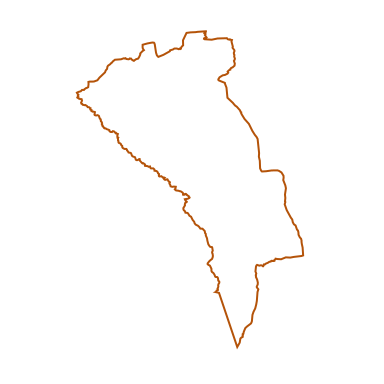 Nachingwea, Lindi, United Republic of Tanzania, rotated 264°
{"feature_id": "72390352B76457855664867", "entity_name": "Nachingwea", "entity_type": "district", "adm_level": 2, "iso_a3": "TZA", "parent_name": "United Republic of Tanzania", "parent_adm1": "Lindi", "projection": "robinson", "projection_center": [38.431, -10.327], "detail": "fine", "context": "isolated", "style": "outline", "palette": "amber", "viewbox_px": 384, "rotation_deg": 264, "n_neighbors": 0, "source": "geoboundaries", "source_scale": "gbopen_adm2", "svg_char_len": 6076}
<svg xmlns="http://www.w3.org/2000/svg" viewBox="0 0 384 384"><g transform="rotate(264 192 192)"><path d="M33.1,220.8L37.2,223.7L41.2,224.8L42.3,226.2L42.4,227.1L43.5,227.5L44.4,227.3L44.9,227.9L45.5,227.7L46.0,228.4L47.4,228.8L51.1,230.8L52.6,232.8L54.7,236.3L55.2,237.0L56.4,237.7L57.4,238.1L63.5,239.3L66.5,240.7L69.6,242.7L73.4,244.1L76.9,245.1L85.7,246.7L88.3,247.8L90.4,246.5L91.1,246.5L93.2,247.7L95.0,248.0L98.2,247.6L100.8,246.7L102.1,246.9L102.6,246.7L104.2,247.4L106.3,246.8L111.0,247.8L112.2,248.4L112.7,249.1L111.7,251.3L111.9,252.5L111.8,253.4L111.5,254.2L110.8,254.6L110.7,255.0L111.6,255.7L112.5,256.0L112.4,257.0L113.1,258.0L113.6,259.9L114.5,261.6L114.6,263.1L115.2,263.6L115.3,264.3L115.0,264.7L114.8,266.3L115.0,266.8L115.6,266.7L116.0,267.1L116.5,268.2L116.9,268.3L116.4,270.0L115.8,273.6L117.2,278.5L116.5,282.8L116.8,286.6L116.9,294.1L117.3,295.9L125.2,296.2L128.7,295.8L131.2,295.7L131.8,295.9L134.1,295.6L135.6,294.5L138.3,293.5L140.9,293.6L142.7,293.3L143.6,292.5L147.9,291.5L149.2,290.0L151.3,289.1L154.2,288.8L156.2,287.6L164.1,284.3L170.1,282.9L172.3,283.8L172.9,283.5L176.3,284.2L179.7,284.2L185.9,285.8L188.8,285.5L194.3,284.0L196.6,284.6L198.6,284.7L202.1,283.0L204.0,280.6L204.6,279.1L205.1,273.5L204.9,267.8L205.1,263.7L206.0,263.0L208.4,262.2L216.0,262.7L220.1,262.2L223.7,262.8L237.9,262.8L239.9,262.0L242.4,260.4L246.5,258.4L253.8,255.7L259.1,251.9L263.7,249.7L265.2,249.1L266.1,249.3L266.9,248.5L268.0,248.4L272.1,245.5L273.5,243.9L276.1,242.1L276.0,242.3L282.0,237.1L292.2,237.2L295.9,236.2L297.1,236.1L299.9,230.8L300.4,230.1L300.9,229.9L301.4,230.0L303.2,231.4L304.8,234.7L305.0,237.1L306.0,239.7L306.9,240.5L308.0,240.0L309.2,241.4L309.7,242.9L310.3,242.9L311.3,244.0L311.7,245.4L313.2,247.5L315.2,248.0L318.0,247.4L319.2,248.3L320.3,248.6L322.2,248.1L323.9,248.5L324.5,248.2L325.9,248.1L327.8,249.0L328.7,248.9L331.2,247.4L332.4,247.8L337.5,247.0L339.0,247.6L339.4,246.3L339.8,245.9L339.9,245.5L339.6,245.2L340.0,244.0L340.3,243.4L341.3,242.8L342.0,233.5L341.4,227.5L342.6,220.5L343.1,219.9L343.5,220.0L343.8,220.6L343.7,221.6L344.2,222.6L346.8,221.2L347.4,221.9L347.9,222.0L348.7,221.6L348.8,220.9L349.1,221.0L349.9,222.6L350.4,222.6L350.7,214.4L350.6,212.2L350.9,207.4L350.8,203.2L343.8,198.9L338.8,198.5L337.8,197.2L336.7,196.2L335.7,196.0L335.4,195.2L335.9,194.7L335.4,193.8L336.3,191.8L336.5,189.4L335.7,187.9L335.2,185.0L334.3,184.7L331.4,177.9L329.9,172.6L331.5,171.4L334.2,170.8L342.6,170.4L344.0,170.1L344.5,169.7L344.8,168.3L344.7,166.7L344.4,163.2L343.6,158.3L341.2,158.0L339.7,158.1L338.1,159.0L337.3,157.5L335.2,155.0L334.1,154.9L332.0,153.7L330.3,152.4L329.9,150.2L329.2,149.0L329.0,148.3L328.6,148.1L328.6,147.6L330.1,145.8L331.0,145.4L331.3,144.0L330.8,143.6L330.6,142.9L331.1,140.7L332.0,139.9L331.7,139.2L332.1,138.4L332.0,137.7L331.4,135.3L331.6,129.2L330.2,127.0L328.9,125.7L328.4,124.7L327.7,124.1L326.4,121.7L325.5,121.0L323.3,120.4L321.9,118.9L320.1,118.0L315.4,111.9L313.0,109.6L312.1,105.9L312.5,101.8L312.3,100.5L310.1,100.4L307.1,99.7L306.6,98.6L306.5,97.7L305.4,95.7L304.8,95.2L305.0,93.3L303.8,91.9L303.4,89.5L302.8,87.9L301.8,88.3L300.5,89.2L300.1,88.7L299.6,88.5L298.9,88.8L298.7,88.3L297.9,87.8L296.6,89.4L296.7,89.9L296.1,90.4L295.9,91.9L294.5,92.2L293.4,91.7L292.4,91.0L291.3,91.3L291.0,92.1L290.2,92.4L289.5,94.6L289.6,95.1L288.4,96.6L287.3,97.1L287.1,98.4L286.7,98.9L286.1,99.2L285.9,99.8L284.7,99.5L283.9,100.7L283.2,100.4L282.3,101.5L282.3,102.2L281.6,103.8L279.1,103.1L278.6,103.4L278.1,104.6L278.3,106.1L277.5,107.3L274.7,108.0L273.8,108.8L273.4,108.6L272.4,108.9L271.8,108.8L271.2,109.4L270.3,109.7L269.9,109.5L269.0,109.8L268.4,109.4L267.1,110.2L266.6,110.0L265.9,110.8L265.0,111.1L264.8,111.7L264.4,111.8L264.2,112.9L263.5,113.6L262.4,116.0L262.1,116.3L261.4,116.2L260.3,117.1L260.0,118.7L260.8,119.7L260.3,120.9L258.8,122.0L259.0,122.2L258.9,122.5L258.1,122.8L258.1,123.2L257.6,123.7L257.4,124.3L255.5,123.5L254.4,123.7L253.9,124.2L253.5,123.6L252.7,124.0L251.1,123.8L250.7,124.1L250.3,124.0L249.6,124.2L248.9,124.1L248.3,124.6L247.9,125.6L247.3,126.2L245.9,126.6L245.2,127.4L243.6,127.4L243.0,127.8L241.9,129.3L241.7,131.2L240.9,131.7L240.2,131.7L239.0,132.6L237.9,133.0L237.4,134.8L237.0,135.4L234.4,136.1L233.7,136.6L232.5,139.0L230.0,139.5L229.5,140.2L229.4,141.1L229.9,142.4L230.3,142.9L230.2,143.4L228.7,143.4L225.8,145.5L225.6,145.8L225.9,146.2L225.8,146.5L224.5,148.0L224.0,148.2L223.7,147.9L222.9,148.0L222.4,150.5L221.6,151.5L221.8,152.9L220.3,153.2L219.8,153.6L219.5,156.0L218.3,157.0L217.1,156.9L216.5,159.0L215.2,160.0L214.1,160.2L213.3,161.1L211.6,160.7L211.1,160.9L210.8,161.4L210.9,163.2L209.7,164.3L209.3,165.8L209.0,166.3L208.2,165.3L207.3,165.9L206.9,166.5L206.9,167.4L207.2,168.2L207.2,168.9L205.1,169.8L204.3,170.9L203.8,171.0L203.4,170.5L202.8,170.4L201.3,171.1L199.9,171.3L199.2,172.9L199.3,174.5L198.9,176.4L197.1,175.9L196.5,175.2L195.5,175.9L195.2,176.4L194.6,178.9L194.1,179.8L193.9,180.8L192.3,182.7L191.3,183.0L190.3,182.8L190.0,183.7L190.5,184.7L190.8,184.9L190.8,185.5L190.6,185.9L189.8,186.2L189.7,186.7L189.2,187.0L188.1,188.4L187.2,188.5L186.8,189.0L186.4,188.8L185.8,187.3L185.6,184.6L185.2,184.9L185.0,184.3L183.8,184.8L182.9,185.8L182.6,185.7L181.7,184.0L180.0,183.5L179.4,183.6L176.9,181.7L175.4,181.7L174.7,182.0L173.6,183.0L172.1,183.3L171.7,185.2L171.2,185.8L168.6,187.0L167.5,188.5L164.2,189.7L162.1,191.1L160.7,191.3L159.2,192.2L157.8,194.4L156.8,195.3L154.7,196.5L154.4,198.6L151.8,200.6L149.8,200.7L148.9,201.3L147.3,201.2L144.4,202.1L142.0,202.2L138.2,202.8L136.0,204.0L135.5,204.5L135.1,206.1L134.6,206.3L131.5,206.5L130.1,205.7L129.2,205.7L128.6,206.0L126.3,206.1L125.1,205.8L123.4,205.0L122.2,203.1L121.2,201.8L119.4,200.1L118.6,200.0L117.8,200.7L117.0,202.0L116.7,202.2L113.6,203.3L111.5,203.1L110.4,203.5L109.2,204.8L107.5,205.7L105.5,206.2L105.1,206.5L104.7,208.3L104.0,208.7L102.6,208.9L101.7,208.8L100.9,209.0L100.2,209.7L99.5,209.8L98.6,209.5L97.8,208.8L96.6,208.3L95.2,208.3L94.2,207.9L93.4,207.3L92.7,207.6L91.8,207.5L91.5,206.2L90.2,205.5L90.0,205.0L88.9,208.3L33.1,220.8Z" fill="none" stroke="#b45309" stroke-width="2"/></g></svg>